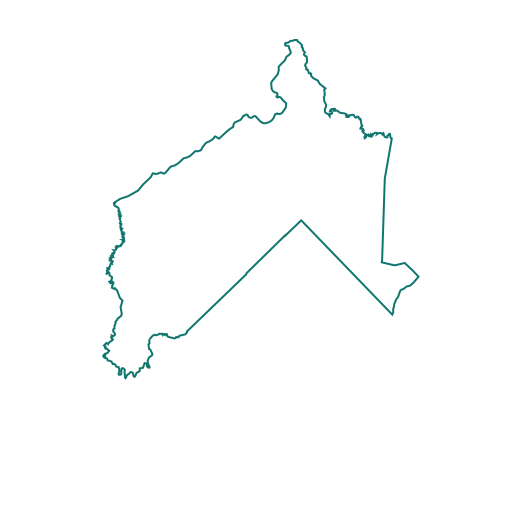 Mbire, Mashonaland Central, Zimbabwe (Albers equal-area conic projection), rotated 136°
{"feature_id": "62879985B94368680034661", "entity_name": "Mbire", "entity_type": "district", "adm_level": 2, "iso_a3": "ZWE", "parent_name": "Zimbabwe", "parent_adm1": "Mashonaland Central", "projection": "albers", "projection_center": [30.66, -16.018], "detail": "fine", "context": "isolated", "style": "outline", "palette": "teal", "viewbox_px": 512, "rotation_deg": 136, "n_neighbors": 0, "source": "geoboundaries", "source_scale": "gbopen_adm2", "svg_char_len": 6042}
<svg xmlns="http://www.w3.org/2000/svg" viewBox="0 0 512 512"><g transform="rotate(136 256 256)"><path d="M419.6,254.0L417.7,255.9L414.9,254.1L410.6,256.3L409.6,254.9L410.0,253.6L411.0,252.6L411.1,250.9L410.6,249.9L410.0,249.9L409.5,250.4L408.4,254.0L406.3,256.1L403.6,257.3L399.7,256.8L398.6,257.4L397.1,261.9L397.5,263.3L394.8,267.1L393.3,267.1L391.4,269.5L389.1,270.2L385.4,270.4L383.6,269.7L383.5,269.1L382.5,268.1L380.1,267.1L379.7,267.3L377.4,265.1L377.9,264.1L377.3,264.2L376.6,262.8L375.6,262.3L375.6,262.9L374.5,261.8L375.5,261.0L375.1,260.5L375.4,259.0L372.0,253.4L370.4,252.8L369.7,253.2L368.2,251.4L366.6,251.9L361.2,248.7L358.8,249.0L358.1,249.7L275.8,249.6L274.8,250.2L220.6,250.6L220.7,250.3L198.7,250.2L198.7,119.2L196.8,119.9L193.7,122.9L192.7,123.2L189.8,125.5L185.2,127.4L182.4,127.8L176.4,130.8L175.0,130.8L172.5,129.8L169.1,129.5L165.5,127.6L160.6,127.5L153.5,128.2L153.3,136.0L153.9,147.7L162.7,152.9L169.9,164.0L169.8,164.4L168.7,164.9L109.5,222.3L76.7,246.2L77.0,246.8L76.8,248.1L74.9,250.6L75.3,251.3L77.0,251.0L77.9,251.3L78.8,250.2L79.8,250.5L80.6,252.1L80.1,254.6L79.4,255.0L79.1,255.8L80.7,255.8L80.5,257.2L81.1,258.2L82.9,259.4L84.2,259.6L83.6,259.9L83.5,260.5L84.5,261.8L85.9,262.0L86.9,262.7L88.3,261.8L88.7,263.5L90.2,261.8L91.4,263.7L90.5,264.4L90.6,265.3L92.2,265.7L95.3,265.0L96.0,265.2L95.3,266.3L92.5,267.1L93.1,270.1L92.7,270.8L92.9,271.8L92.5,272.0L91.8,271.3L91.2,271.5L90.8,273.2L91.0,273.9L91.9,274.3L92.4,275.1L90.8,275.9L89.1,275.8L88.8,277.4L85.8,281.7L85.7,282.1L86.4,282.4L86.3,283.8L85.6,284.9L86.6,286.0L88.1,286.1L88.4,287.6L87.8,289.1L88.6,290.8L90.0,291.3L90.5,292.1L92.8,291.7L94.1,292.9L92.3,293.4L92.4,293.8L93.2,293.7L93.7,294.1L93.6,294.5L92.5,294.7L92.5,295.1L93.3,297.1L96.0,300.5L96.7,304.4L99.0,306.2L98.7,306.7L97.3,306.5L97.1,306.9L97.4,307.5L99.6,309.1L101.0,309.4L102.2,308.8L100.9,307.9L102.0,305.8L102.8,305.8L103.9,306.9L105.9,305.3L105.5,307.6L106.5,310.9L105.8,312.4L104.4,313.8L101.8,314.9L100.5,316.1L99.4,319.7L96.8,323.2L95.4,323.6L93.4,325.5L91.4,328.3L89.6,328.3L90.6,335.5L89.7,339.3L91.3,344.3L91.2,347.4L89.7,348.9L89.8,349.5L91.0,350.7L89.4,354.0L90.2,355.4L89.3,355.9L88.3,359.0L87.5,359.5L84.4,360.1L81.0,364.3L81.7,366.0L81.5,367.8L79.3,368.6L79.2,371.6L77.9,372.9L78.1,374.2L76.6,375.5L76.4,379.0L77.0,381.4L76.4,382.7L78.4,384.8L80.1,385.2L81.7,386.7L84.9,387.2L86.5,388.6L87.6,388.5L88.5,387.7L88.5,386.8L86.8,384.5L86.8,383.6L87.8,382.5L89.3,378.7L90.1,377.8L93.1,377.7L94.9,378.1L96.4,378.0L98.9,376.7L107.5,376.5L108.3,376.3L110.5,373.9L114.0,371.7L123.6,370.5L125.1,369.7L128.6,365.4L129.3,362.9L128.7,360.4L127.8,359.1L127.7,358.3L128.5,357.0L130.5,356.5L130.5,356.2L130.5,355.1L128.9,354.6L128.1,352.8L128.5,349.3L128.2,344.8L131.6,342.0L137.3,340.9L139.3,341.1L140.3,341.7L141.8,343.3L141.7,343.7L143.6,344.7L147.6,343.0L151.0,342.6L154.3,343.5L157.0,344.9L158.6,346.7L159.4,349.6L159.3,356.8L160.1,358.0L163.0,358.4L163.7,358.9L164.8,361.2L164.1,363.3L164.6,364.4L165.6,365.0L166.9,365.0L167.8,365.6L171.6,364.7L172.9,364.8L178.3,366.7L179.9,366.6L183.1,364.7L185.7,365.4L189.2,365.8L200.8,366.1L201.3,366.6L202.0,369.9L202.5,370.5L205.5,370.0L209.8,370.8L212.4,371.9L214.6,372.0L219.0,371.4L222.1,370.3L225.2,371.8L226.8,373.6L233.7,373.7L236.6,374.6L240.4,376.6L247.4,376.7L251.6,377.6L255.5,379.6L262.9,378.8L264.7,379.1L265.1,379.3L266.4,382.3L270.6,384.0L272.9,387.2L277.0,385.8L287.4,385.9L295.4,385.0L306.8,388.0L314.0,391.5L320.8,392.8L320.8,392.0L322.1,392.1L322.7,391.1L322.6,389.3L321.8,388.2L322.0,387.6L321.5,386.4L322.2,384.9L323.5,384.1L323.2,383.1L324.1,383.0L323.8,381.9L325.2,381.3L324.5,380.3L325.3,379.9L326.0,380.5L326.1,379.8L325.4,378.5L326.2,378.4L327.0,379.1L327.5,377.5L328.4,377.4L329.2,375.0L330.1,374.3L331.0,374.3L330.7,372.8L331.4,372.9L331.4,372.0L333.2,371.5L333.3,369.8L334.1,370.0L334.2,369.7L333.6,368.5L335.1,368.6L335.2,367.4L335.8,366.7L334.9,364.9L336.6,364.8L337.0,365.1L337.7,363.5L336.2,364.2L335.8,363.4L337.2,363.5L337.6,362.7L338.9,362.5L339.0,361.7L338.3,361.5L339.0,360.9L338.7,360.3L339.6,359.7L340.5,360.3L339.9,359.1L340.6,358.0L341.3,358.5L341.3,359.3L341.8,359.3L342.3,358.0L343.8,358.1L345.0,357.4L345.4,357.9L346.5,357.2L347.1,358.1L347.8,358.0L348.8,359.4L349.2,358.6L350.9,358.4L350.5,359.8L350.9,359.7L352.0,358.0L353.8,358.0L354.4,358.9L354.5,357.8L355.3,356.8L356.7,356.5L356.6,357.3L357.0,357.6L358.1,357.5L358.4,356.3L359.8,356.7L359.8,356.0L359.2,355.7L359.3,355.2L361.1,355.9L360.7,355.1L361.8,355.8L361.8,354.9L362.6,354.5L363.1,355.4L363.4,355.4L363.6,354.5L362.2,353.3L363.9,353.7L362.8,352.0L362.9,351.5L364.6,351.5L365.1,350.5L365.9,352.2L365.9,351.1L367.6,350.6L368.4,349.8L370.1,350.1L370.2,348.8L370.9,348.5L371.2,349.0L371.7,349.0L371.5,350.1L371.6,350.3L372.2,349.5L373.4,349.1L374.3,347.5L375.8,347.1L375.7,346.8L373.3,346.8L373.3,345.7L374.8,343.7L374.2,340.8L375.2,339.9L377.5,339.0L378.3,338.9L379.4,339.4L379.6,337.5L378.1,336.7L377.1,337.4L377.0,336.0L377.7,335.3L380.2,334.6L380.5,333.8L381.7,333.3L380.9,331.1L379.9,330.9L379.7,330.4L380.2,329.5L379.8,327.8L383.0,320.5L383.0,316.6L388.9,313.3L392.7,307.7L394.6,306.6L399.2,307.1L400.2,306.5L402.8,306.3L404.1,304.9L406.7,303.8L408.2,302.1L409.5,302.4L411.1,301.0L411.2,299.0L412.0,297.3L413.9,297.4L414.6,297.8L415.0,299.0L415.7,298.1L416.7,298.2L417.2,296.5L416.6,296.6L416.6,296.2L417.3,295.1L421.7,295.9L423.7,295.4L424.0,297.4L427.5,297.2L427.1,295.7L427.6,295.6L427.8,294.5L428.3,294.8L428.6,294.0L427.6,292.5L427.8,291.2L427.4,289.9L430.2,289.4L432.5,290.5L432.9,290.5L433.0,290.0L434.1,290.6L435.0,290.2L434.0,289.1L434.3,288.6L435.6,288.9L435.5,287.5L434.4,286.0L435.2,283.7L434.0,282.2L433.3,280.4L434.1,277.8L432.9,276.9L432.8,275.2L433.3,273.4L432.0,271.4L434.2,268.1L436.8,266.7L437.1,265.9L436.4,265.0L435.0,264.6L431.1,268.3L430.1,268.2L429.3,266.9L429.5,265.1L431.2,263.8L434.6,259.5L434.7,258.8L433.4,259.0L432.6,259.7L430.5,259.9L428.6,259.4L427.1,259.7L426.4,259.2L425.7,257.7L427.5,254.5L427.2,253.4L426.0,253.6L423.3,254.9L419.6,254.0Z" fill="none" stroke="#0f766e" stroke-width="2"/></g></svg>